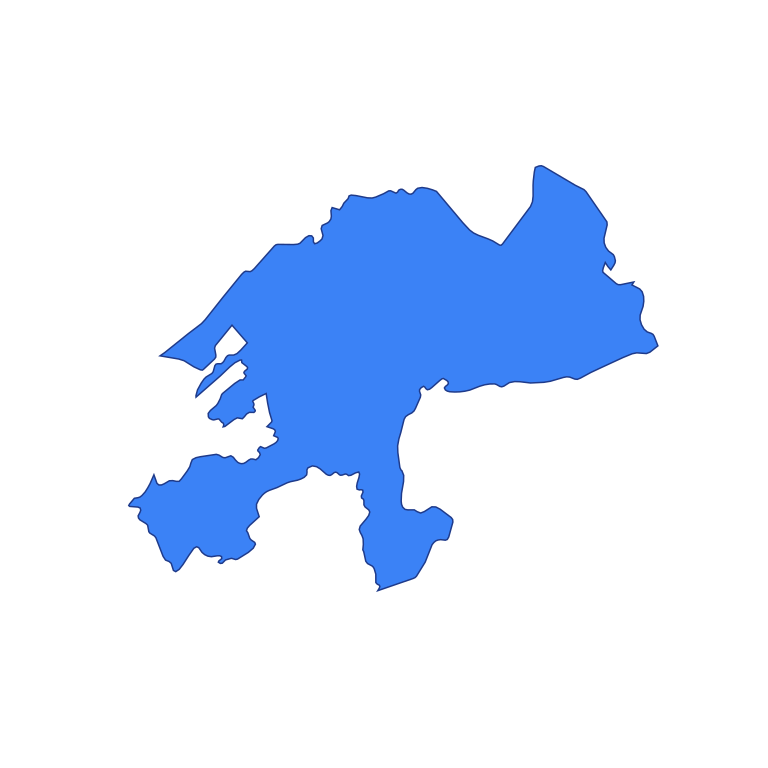 the border of Zacatecas, rotated 37°
{"feature_id": "MEX-2713", "entity_name": "Zacatecas", "entity_type": "State", "adm_level": 1, "iso_a3": "MEX", "parent_name": "Mexico", "parent_adm1": "", "projection": "natural_earth1", "projection_center": [-102.796, 23.104], "detail": "fine", "context": "isolated", "style": "filled", "palette": "blue", "viewbox_px": 768, "rotation_deg": 37, "n_neighbors": 0, "source": "natural_earth", "source_scale": "10m", "svg_char_len": 6170}
<svg xmlns="http://www.w3.org/2000/svg" viewBox="0 0 768 768"><g transform="rotate(37 384 384)"><path d="M579.8,188.7L577.2,198.6L575.2,201.8L567.1,207.0L564.0,210.5L558.9,219.1L547.8,239.8L542.3,250.2L537.4,260.9L535.6,263.9L533.5,265.2L528.2,266.7L525.6,268.3L523.4,270.7L515.2,281.7L510.6,286.5L500.4,295.0L491.3,300.3L486.9,303.4L483.3,307.4L481.0,313.6L479.7,315.4L478.0,316.2L474.2,316.7L472.4,317.3L468.5,320.3L464.9,324.0L461.7,328.3L456.2,337.2L452.9,341.1L449.3,344.6L445.5,347.7L441.2,350.6L438.8,351.6L436.6,351.8L434.6,350.8L434.5,349.0L435.1,347.0L435.2,345.1L433.9,343.7L432.0,343.4L428.0,343.9L427.1,345.2L426.4,347.8L424.3,358.1L423.5,360.8L422.1,362.5L420.2,362.5L418.5,361.9L417.0,362.0L415.9,364.5L415.8,367.1L416.8,368.5L419.9,370.6L421.0,372.7L423.8,384.5L424.2,387.5L423.6,390.4L421.9,393.8L420.9,397.0L421.3,400.1L426.6,412.6L428.9,418.8L432.1,425.2L436.3,430.4L446.9,441.1L449.2,442.4L450.5,442.5L454.7,445.1L458.3,450.1L463.8,460.8L468.2,467.2L470.4,469.5L473.0,471.1L476.2,471.5L478.8,470.2L483.9,466.3L487.3,466.0L490.9,465.0L493.0,461.6L496.1,453.3L499.4,451.0L504.2,450.2L518.0,450.2L520.4,450.9L522.1,452.8L527.8,467.3L528.1,470.1L527.0,471.8L522.9,474.2L521.1,476.0L519.8,478.0L519.2,480.5L519.1,483.4L524.1,501.5L525.6,518.0L525.3,519.9L524.3,521.8L503.4,552.8L503.1,549.8L502.5,548.1L501.3,547.5L499.0,547.9L497.0,547.5L491.9,540.8L487.3,537.4L485.6,536.7L484.0,536.5L478.9,537.3L476.1,536.5L468.7,530.1L466.9,529.2L464.0,524.5L460.5,520.2L457.6,518.3L454.5,516.9L451.8,515.1L450.5,511.8L451.0,502.8L450.9,498.2L449.7,494.8L447.6,493.7L442.9,493.6L440.7,492.6L438.2,489.3L436.9,488.4L434.7,488.5L433.3,487.1L432.3,483.0L430.9,481.6L429.3,482.2L428.1,483.4L425.8,484.2L423.8,482.3L422.2,479.2L420.2,473.6L418.7,470.6L416.8,469.5L414.8,472.0L412.5,476.8L410.8,478.5L408.6,478.5L407.2,479.2L405.4,481.9L404.2,483.0L403.1,483.3L399.9,483.0L398.4,483.5L397.5,484.8L396.7,488.0L395.9,489.5L394.3,490.4L392.2,490.8L384.1,490.2L379.9,490.6L376.1,492.5L373.7,496.7L374.1,499.0L375.6,500.8L376.9,503.1L376.4,506.6L374.8,509.9L372.8,512.9L368.1,518.3L366.1,521.2L360.9,531.1L356.4,538.0L355.1,540.5L354.2,543.2L353.7,545.9L353.5,551.6L354.5,556.7L357.0,560.0L364.2,565.1L361.8,577.8L361.6,581.4L362.5,584.0L364.7,584.7L369.8,588.1L371.8,588.5L376.1,588.3L377.7,589.3L378.4,593.8L377.0,600.1L372.4,612.0L371.1,613.5L367.3,614.9L366.5,615.7L363.3,619.9L362.7,624.4L361.3,625.8L358.9,626.0L358.6,624.7L359.5,621.1L358.1,619.6L356.2,620.0L354.2,621.6L350.1,625.8L346.9,627.5L343.4,628.2L340.0,628.0L334.6,626.2L332.3,626.7L331.0,629.7L331.3,638.5L332.1,649.1L332.0,655.3L330.6,659.2L328.0,659.6L322.0,655.3L319.2,655.1L315.5,656.1L311.3,654.6L294.4,644.1L292.2,643.5L286.8,644.0L285.1,643.5L280.2,639.0L278.0,638.7L270.8,639.4L268.6,638.8L267.0,637.3L266.4,633.5L265.7,631.2L263.9,629.8L261.5,630.4L254.6,634.8L253.3,634.7L253.0,633.0L253.4,625.5L255.9,622.9L257.1,621.2L257.8,618.8L258.2,613.9L257.8,609.0L257.1,604.3L254.9,595.0L262.5,600.0L265.0,600.1L267.0,598.6L268.5,596.0L270.8,590.5L273.4,588.3L276.6,586.8L279.0,585.0L279.3,581.6L279.2,572.0L278.7,566.9L277.3,563.2L276.4,559.7L278.2,556.0L281.1,552.6L292.4,541.1L295.0,540.1L299.2,539.7L300.5,539.2L301.7,538.3L304.9,533.5L307.8,533.2L311.0,534.1L314.3,534.6L316.5,534.2L318.3,533.3L319.8,531.8L320.8,529.6L321.8,526.0L322.8,524.0L324.5,522.8L327.3,521.6L328.1,518.4L327.7,514.9L325.7,513.6L324.0,513.5L322.9,512.8L322.7,509.8L323.1,508.3L327.2,507.3L328.5,505.8L332.2,498.0L333.0,495.6L333.1,493.2L332.4,491.3L331.2,490.7L327.0,491.7L325.9,487.4L324.5,486.4L322.6,486.4L316.2,488.5L317.1,482.0L316.6,480.7L309.8,475.7L302.6,469.3L295.6,462.5L292.2,469.2L289.5,475.8L289.5,476.8L291.8,478.0L292.7,478.9L293.4,481.3L297.0,482.5L297.5,483.5L297.2,485.0L293.5,487.7L292.3,490.7L292.2,494.2L291.8,497.0L287.2,499.3L285.6,502.7L282.5,513.6L281.3,515.0L280.9,513.6L280.2,512.6L279.0,512.0L277.4,512.2L273.5,511.3L272.5,511.7L269.7,515.1L268.2,515.9L265.3,516.5L263.5,515.9L261.3,513.3L261.3,509.6L263.0,502.2L263.0,499.6L262.1,494.4L260.7,490.1L260.8,488.6L264.4,473.5L266.6,467.4L269.1,465.5L269.2,461.5L268.9,460.4L265.8,459.6L265.1,459.0L265.0,457.5L265.8,454.3L265.1,452.9L263.8,452.6L257.6,452.5L255.8,450.6L254.6,451.6L252.1,456.8L250.5,463.4L248.4,476.1L241.8,507.6L240.8,506.4L238.6,500.9L237.5,493.4L237.3,488.3L237.7,485.5L240.2,479.2L240.2,477.0L237.9,471.2L237.9,469.2L239.0,467.9L241.7,465.9L242.3,464.0L242.4,462.0L241.8,458.0L242.0,455.6L242.9,454.1L246.5,451.4L248.3,448.2L249.2,443.2L250.1,433.4L227.2,428.5L226.2,454.8L227.1,457.3L232.3,462.1L233.5,463.8L233.6,466.1L231.0,481.0L230.6,482.2L228.8,483.2L221.9,484.7L210.4,485.7L205.0,487.6L188.2,496.3L190.0,490.8L197.4,461.6L201.9,445.6L202.5,440.2L203.2,411.2L204.3,382.2L204.8,379.0L205.6,377.2L209.5,374.8L210.4,373.0L211.0,369.8L213.4,339.8L214.0,337.7L215.3,336.3L227.8,327.1L230.9,324.3L232.2,322.1L233.2,314.4L234.8,310.7L237.1,309.2L239.7,309.9L242.1,313.0L244.2,313.7L245.8,311.6L246.8,308.2L247.2,305.5L245.9,302.1L240.4,297.8L239.2,294.6L242.0,289.3L242.5,287.3L242.3,284.2L241.0,281.7L237.3,277.5L236.4,274.3L243.7,271.6L243.8,267.3L243.1,263.8L243.8,257.5L242.9,254.8L244.1,252.9L248.2,250.4L258.9,245.2L262.6,242.6L264.9,239.7L269.2,232.2L271.5,227.0L273.0,225.7L278.7,224.4L279.4,222.6L279.1,220.4L279.9,218.7L281.2,217.6L283.0,217.3L287.3,217.5L289.6,217.2L291.4,216.1L292.3,214.2L292.5,209.6L293.1,207.4L296.1,204.2L300.9,201.6L306.0,199.7L310.0,198.6L349.6,207.7L359.7,209.5L364.6,209.5L369.7,208.5L379.7,205.5L384.8,204.3L392.8,203.5L394.0,202.7L394.4,200.9L394.2,154.1L392.9,149.1L390.0,144.2L383.4,135.5L380.9,131.8L376.4,124.1L374.5,120.0L376.5,116.7L378.3,115.0L380.6,114.3L417.0,110.2L426.7,108.4L429.6,108.8L464.5,120.4L466.5,122.7L472.0,135.2L474.9,138.8L478.9,141.4L483.3,142.7L489.3,142.7L491.3,143.6L494.6,146.3L495.6,148.2L496.1,151.0L496.5,156.4L492.0,155.4L487.6,153.8L489.2,159.2L490.4,161.9L491.7,163.0L509.1,164.1L511.3,163.7L513.2,162.3L522.1,152.2L522.4,155.7L531.0,154.2L534.7,155.0L538.6,157.8L541.7,161.6L544.2,166.1L547.1,174.8L549.8,178.6L554.0,181.7L558.7,183.7L562.9,184.0L567.0,182.7L569.0,182.5L571.1,183.3L579.8,188.7Z" fill="#3b82f6" stroke="#1e3a8a" stroke-width="1.5"/></g></svg>